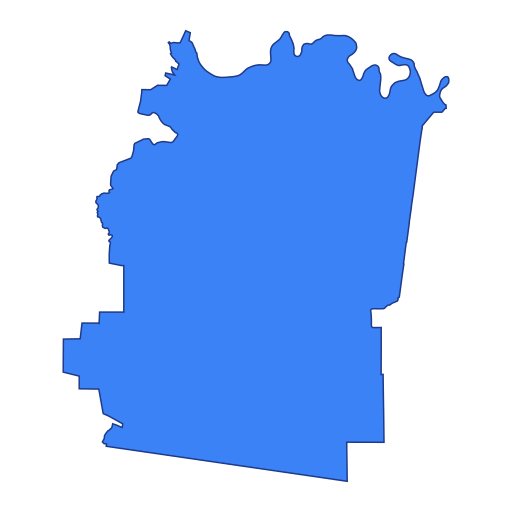 Gustavo Díaz Ordaz, Tamaulipas, Mexico
{"feature_id": "50627088B69577652591157", "entity_name": "Gustavo Díaz Ordaz", "entity_type": "district", "adm_level": 2, "iso_a3": "MEX", "parent_name": "Mexico", "parent_adm1": "Tamaulipas", "projection": "robinson", "projection_center": [-98.631, 26.139], "detail": "fine", "context": "isolated", "style": "filled", "palette": "blue", "viewbox_px": 512, "rotation_deg": 0, "n_neighbors": 0, "source": "geoboundaries", "source_scale": "gbopen_adm2", "svg_char_len": 5808}
<svg xmlns="http://www.w3.org/2000/svg" viewBox="0 0 512 512"><path d="M347.2,481.3L346.7,442.2L384.0,442.3L383.7,416.0L383.2,383.4L383.1,374.4L381.1,374.5L381.2,354.0L381.2,327.5L373.0,327.6L372.2,327.2L371.7,326.7L371.4,325.8L371.4,319.1L371.1,313.8L370.6,310.6L371.3,309.3L372.6,308.7L379.5,308.8L383.3,308.7L384.3,308.4L387.4,305.5L388.0,305.2L389.8,305.0L390.6,304.4L392.0,303.3L396.8,301.3L397.3,301.1L398.0,299.8L398.1,299.0L397.8,298.1L398.8,297.5L399.1,297.3L399.3,296.9L400.6,287.5L402.3,274.6L403.9,263.9L403.5,263.7L406.2,242.7L406.7,242.3L409.3,223.0L409.2,222.5L411.0,209.9L411.7,204.0L413.1,194.7L419.9,142.9L421.6,131.2L422.0,129.0L422.2,128.5L422.3,125.8L433.1,112.9L433.7,112.3L434.2,112.2L441.7,112.2L442.4,111.8L444.9,108.7L445.4,108.5L446.2,108.4L446.0,104.9L444.8,104.4L443.6,103.2L442.3,101.4L439.8,97.3L439.6,95.9L439.8,94.3L440.2,92.5L440.7,91.1L441.4,89.8L442.7,88.4L446.3,85.9L448.0,83.7L448.6,82.7L448.8,81.4L448.8,79.8L448.6,78.4L448.1,77.2L447.1,76.6L445.2,76.8L443.9,77.6L442.3,79.1L441.1,80.6L440.5,82.2L439.7,84.9L438.8,87.3L437.7,89.8L436.6,91.1L435.2,92.5L433.8,93.4L431.2,94.8L429.5,95.6L428.4,95.9L427.6,95.7L426.3,95.2L425.4,94.0L424.3,92.5L423.6,90.6L421.3,83.3L419.9,78.4L418.9,76.2L417.8,73.7L416.9,71.5L415.6,69.3L414.7,67.2L414.2,65.7L414.2,64.0L413.5,62.2L412.3,60.8L411.0,59.8L408.3,58.9L404.3,58.0L401.2,57.0L399.4,56.1L398.3,55.5L396.3,54.1L394.4,53.5L392.8,53.6L391.6,54.1L390.4,55.1L389.5,56.3L389.0,57.7L389.1,59.0L389.8,60.3L390.9,61.3L396.5,64.8L398.7,65.5L399.8,65.5L401.9,65.0L404.4,64.7L406.4,64.8L407.8,65.5L409.0,66.8L410.3,70.8L410.3,72.7L409.9,75.0L409.0,76.8L408.2,77.9L407.3,78.8L405.8,79.8L404.1,80.3L399.9,81.0L398.2,81.4L396.2,82.2L394.8,82.8L392.1,85.5L391.0,87.2L390.3,89.5L389.8,92.4L389.3,94.2L388.7,95.4L388.1,96.5L387.3,97.5L386.2,98.1L384.5,98.2L382.9,97.6L381.0,95.6L380.2,93.6L379.6,91.3L379.7,89.2L380.8,78.9L380.7,75.7L380.4,73.8L379.6,72.4L379.2,71.1L378.9,67.9L378.3,66.7L377.2,65.7L375.7,65.0L374.7,65.0L373.1,65.3L371.7,65.9L369.9,67.1L366.3,69.6L365.0,71.1L363.6,73.9L363.0,76.1L362.2,77.9L361.5,79.0L360.6,80.0L359.7,80.5L358.2,80.1L357.0,79.5L355.9,78.2L355.2,77.1L353.8,73.1L352.4,68.7L349.5,64.3L347.9,62.5L347.2,60.5L347.2,59.5L347.6,58.5L349.0,56.3L352.1,54.3L353.5,53.2L354.7,51.9L355.6,50.8L356.4,49.0L356.7,47.8L356.5,45.8L356.2,44.0L355.7,42.7L354.3,41.1L352.4,39.2L350.9,38.1L348.6,36.7L346.2,35.8L344.1,35.5L338.9,35.7L336.7,35.6L334.3,35.5L331.9,35.1L329.5,35.0L327.1,35.0L325.2,35.6L323.2,36.5L321.7,38.0L320.5,38.9L319.2,39.4L318.0,39.6L316.2,40.3L314.9,41.2L313.1,43.0L312.4,43.6L311.0,44.1L309.8,44.1L308.4,43.6L306.7,43.5L305.1,43.8L303.8,44.3L302.3,46.6L301.9,48.4L301.7,51.8L301.2,52.9L300.5,54.5L299.9,55.5L298.9,56.1L297.6,56.5L296.2,56.3L295.0,55.4L294.1,54.2L293.9,52.3L293.8,50.6L294.0,48.3L293.7,46.3L293.1,43.7L291.6,39.9L289.4,35.4L289.2,33.4L288.4,32.3L287.4,31.7L285.9,31.6L284.6,31.9L284.0,32.6L282.3,35.0L281.6,36.4L280.1,38.8L278.7,40.1L273.5,44.2L272.4,45.5L271.4,47.3L270.7,49.4L270.5,51.7L270.6,54.6L270.9,57.6L270.9,61.1L270.3,62.3L269.5,63.4L268.4,64.3L266.9,65.0L265.3,65.1L260.9,64.9L258.1,64.9L255.6,65.3L253.0,66.0L250.5,67.0L248.6,67.8L247.2,68.6L245.6,69.9L242.2,73.2L240.5,74.4L239.5,75.1L237.8,75.7L235.8,76.2L233.6,76.6L225.7,77.3L223.1,77.4L221.1,77.4L219.2,77.2L217.5,76.9L215.5,76.4L213.6,75.6L211.2,74.2L208.7,72.6L206.4,71.0L204.8,69.6L202.9,67.5L201.6,65.9L200.1,63.9L199.0,61.9L197.9,58.8L197.3,56.8L196.8,53.0L195.9,52.2L195.1,49.4L192.1,42.7L190.9,41.6L189.0,40.6L190.3,32.7L185.7,30.7L182.8,37.1L180.1,42.8L177.4,42.9L173.4,42.5L171.0,43.3L170.6,43.2L169.4,42.0L169.2,41.9L168.3,42.7L169.5,44.2L170.1,46.0L170.2,47.5L170.3,49.4L171.4,53.1L170.5,53.7L171.7,55.9L172.1,56.3L172.7,57.2L173.9,58.5L174.6,59.0L175.5,60.3L175.7,61.2L176.5,61.7L177.6,62.8L179.0,64.0L177.1,69.5L171.6,66.9L171.4,67.3L171.7,69.8L172.7,72.5L174.7,75.0L165.7,73.0L165.2,75.4L165.1,75.7L170.3,79.1L166.7,85.4L157.5,85.3L150.7,89.7L141.8,89.6L141.8,91.9L140.5,101.5L137.9,111.4L138.0,112.3L138.8,113.1L140.1,113.6L144.0,114.5L148.1,115.3L149.6,115.1L150.7,114.5L151.6,113.4L152.9,112.6L154.2,112.6L156.1,113.6L157.2,114.5L158.6,116.0L159.0,117.2L159.7,118.7L161.0,120.8L162.7,122.9L164.5,124.5L167.4,125.6L170.4,126.9L172.2,129.5L175.4,132.6L176.7,133.0L177.8,134.3L177.4,135.8L172.9,141.9L171.2,142.6L164.1,141.6L161.8,141.7L157.2,142.8L154.6,144.8L152.7,144.0L149.7,139.3L148.6,138.7L143.6,139.1L134.8,143.4L134.1,144.8L133.6,150.6L132.0,156.3L131.0,158.1L119.0,162.7L117.3,164.7L116.6,169.5L113.5,171.2L111.1,176.2L110.6,184.0L110.7,185.3L113.0,188.5L112.4,189.0L111.5,189.4L110.8,189.4L109.5,189.8L109.0,190.6L109.0,191.4L109.3,192.0L109.5,192.6L108.7,193.1L106.7,193.3L103.9,193.1L101.8,193.8L100.3,194.9L99.6,196.4L98.8,196.5L97.9,196.4L97.0,196.6L96.8,197.9L97.1,198.6L96.8,199.6L96.1,200.6L95.8,201.9L96.1,202.9L97.4,204.1L98.2,205.0L98.3,205.8L98.2,207.2L98.0,208.2L97.3,208.8L97.0,209.6L97.2,210.3L97.8,210.9L98.0,211.5L97.4,212.1L97.2,212.6L97.6,213.2L97.9,214.0L97.4,216.0L97.7,216.9L98.8,217.1L99.6,217.4L100.8,219.0L101.0,220.4L101.6,222.4L102.5,223.1L102.6,224.6L102.3,225.6L102.8,227.2L105.0,228.4L105.9,228.4L106.7,228.0L107.7,228.1L108.6,229.9L109.2,231.6L109.1,233.1L108.4,233.7L108.4,234.5L108.9,235.1L109.9,235.1L110.6,234.8L111.1,234.8L111.7,235.0L112.3,235.6L112.2,236.8L111.1,238.2L108.9,240.4L109.1,241.5L110.1,241.8L110.4,243.8L109.8,245.2L109.2,254.6L109.3,263.1L121.7,265.6L123.8,265.6L123.8,312.1L99.6,312.1L99.1,323.3L98.9,323.1L82.0,323.1L80.2,338.8L63.4,339.1L63.2,372.1L79.2,376.1L79.2,388.8L98.8,389.1L103.2,413.6L108.6,416.0L122.8,423.9L122.1,427.5L116.3,425.0L112.7,423.8L111.8,427.7L109.0,430.3L107.9,430.9L105.7,433.6L104.5,435.8L104.2,438.6L102.4,442.0L104.2,443.7L106.6,443.9L106.2,446.3L347.2,481.3Z" fill="#3b82f6" stroke="#1e3a8a" stroke-width="1.5"/></svg>